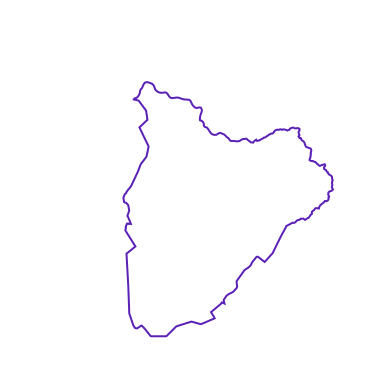 Formosa do Rio Preto, Bahia, Brazil, rotated 325°
{"feature_id": "56859067B17648013689335", "entity_name": "Formosa do Rio Preto", "entity_type": "district", "adm_level": 2, "iso_a3": "BRA", "parent_name": "Brazil", "parent_adm1": "Bahia", "projection": "orthographic", "projection_center": [-45.652, -10.857], "detail": "fine", "context": "isolated", "style": "outline", "palette": "violet", "viewbox_px": 384, "rotation_deg": 325, "n_neighbors": 0, "source": "geoboundaries", "source_scale": "gbopen_adm2", "svg_char_len": 6087}
<svg xmlns="http://www.w3.org/2000/svg" viewBox="0 0 384 384"><g transform="rotate(325 192 192)"><path d="M138.1,308.5L138.3,307.4L138.7,301.3L151.6,300.2L153.1,299.6L154.6,302.0L155.7,299.1L156.0,298.7L156.5,298.4L160.8,296.8L163.4,296.7L168.3,297.4L169.2,297.2L173.7,296.2L174.3,295.9L174.7,295.4L176.5,292.0L177.1,291.1L177.5,290.6L190.2,286.1L194.9,286.2L195.9,286.1L198.0,285.7L198.7,285.4L200.4,284.3L200.9,284.1L207.0,282.3L207.6,282.2L208.4,282.4L208.9,283.0L211.4,291.0L222.9,288.4L239.6,279.2L248.1,275.0L249.7,274.0L257.0,274.9L257.7,275.8L258.3,275.9L258.9,276.0L259.6,276.0L260.9,275.7L261.7,275.6L262.2,275.6L262.8,275.8L263.6,276.3L265.0,276.4L265.5,276.2L267.9,277.6L268.6,279.7L271.5,279.7L272.8,280.0L273.5,279.7L273.9,279.6L275.7,279.0L276.1,278.7L276.6,278.7L277.4,278.8L277.9,278.4L278.4,277.5L278.8,277.1L279.6,276.9L280.0,276.8L280.6,276.8L281.2,276.9L281.7,276.8L283.2,276.2L283.9,276.2L284.5,276.4L284.9,276.8L285.5,277.3L285.8,277.7L286.5,278.3L287.0,277.7L287.4,277.4L287.9,277.1L288.5,276.8L289.9,276.4L290.9,276.3L291.9,276.2L293.9,276.2L294.5,276.0L295.1,275.8L295.7,275.6L296.1,275.9L296.4,276.3L296.9,276.7L297.6,276.8L298.2,276.8L298.9,276.7L299.4,276.4L299.9,276.1L300.2,275.6L300.3,275.1L300.6,274.8L301.3,274.7L301.8,274.3L301.9,272.7L302.2,272.1L302.8,271.5L303.4,270.7L304.0,270.5L304.7,270.5L305.4,270.5L305.9,270.7L306.4,270.9L307.0,271.1L307.5,271.1L308.4,271.0L309.0,270.7L308.9,269.8L309.1,269.3L309.4,268.1L310.5,267.2L310.9,266.9L311.2,266.4L311.4,265.8L311.9,264.8L312.4,264.4L312.8,264.1L313.0,263.6L313.4,263.3L313.8,263.2L314.2,262.8L314.4,261.4L314.6,261.0L314.9,260.6L315.2,260.2L315.4,259.7L315.4,258.9L315.2,258.1L314.5,256.8L314.3,256.1L314.4,255.3L314.2,254.6L314.5,254.1L314.6,253.7L314.1,252.6L314.1,252.1L314.2,251.7L314.4,251.2L314.3,250.6L314.1,250.2L313.7,249.7L313.5,249.1L313.7,248.4L314.0,247.9L314.5,247.4L315.8,247.1L316.2,246.8L316.5,246.3L316.7,245.8L316.4,245.3L315.8,245.1L315.2,244.8L314.7,244.8L313.7,244.3L313.0,244.2L312.3,244.1L311.8,244.0L311.4,243.5L311.2,243.0L311.1,242.0L311.0,241.6L310.7,241.1L310.6,240.5L310.6,240.0L310.5,239.5L310.4,238.9L310.2,238.2L309.4,237.2L309.2,236.7L309.0,236.2L308.5,235.9L308.2,235.5L307.8,235.2L306.8,234.1L306.6,233.4L307.0,232.7L307.9,232.1L308.9,231.6L309.1,231.2L309.6,230.7L310.0,230.2L310.4,230.0L310.5,229.5L311.2,228.9L311.6,228.6L311.7,228.1L312.2,227.6L312.6,227.3L313.7,226.3L313.8,225.7L314.1,225.2L314.0,224.4L313.7,223.8L313.3,223.4L312.7,222.3L311.9,221.3L311.6,220.7L311.4,220.0L311.6,218.7L311.8,218.2L311.8,217.7L312.4,216.3L312.4,215.6L312.5,215.2L312.1,213.7L311.7,212.8L311.6,211.8L311.9,211.3L312.0,210.8L311.9,210.0L311.0,209.5L311.0,208.9L311.2,208.4L311.2,207.5L311.7,207.3L312.3,207.3L312.7,207.0L312.9,205.8L313.2,205.0L313.5,204.3L314.0,203.7L314.5,203.5L315.0,203.5L315.4,203.0L315.9,202.6L316.3,202.0L315.8,200.8L315.1,200.5L314.8,200.0L314.4,199.9L312.8,198.9L312.5,198.5L312.1,197.5L311.5,197.1L310.6,196.7L308.6,196.3L307.7,196.8L307.0,196.7L305.3,196.3L305.0,195.6L304.6,194.9L304.0,194.3L303.3,193.6L302.4,192.9L301.2,192.6L300.7,191.7L300.3,191.2L298.5,190.8L297.6,189.8L296.8,189.5L295.5,189.3L294.7,189.4L294.0,189.6L293.4,189.9L292.4,190.3L291.8,190.4L290.9,189.9L290.2,189.5L289.0,189.5L288.6,189.3L287.7,189.2L286.6,189.3L285.1,189.2L283.7,189.3L282.8,189.1L281.9,188.6L281.4,188.8L280.6,188.8L279.5,188.5L278.5,188.5L277.8,188.4L277.2,188.2L276.7,188.3L275.7,187.9L274.9,187.7L274.5,187.2L274.5,186.7L274.6,186.0L273.7,185.9L272.0,186.1L270.3,186.6L268.7,185.0L268.4,183.9L267.7,182.1L267.3,180.1L267.1,179.6L266.3,179.0L265.5,178.7L264.4,178.0L263.8,177.8L262.9,177.6L260.1,177.4L258.8,176.9L257.6,176.1L255.7,174.3L253.4,172.7L253.0,172.2L252.7,171.1L252.7,168.7L252.2,167.7L251.9,166.3L251.8,165.5L251.6,164.4L251.3,163.4L250.4,161.8L249.2,160.0L248.4,159.5L247.1,159.2L244.9,159.1L244.2,158.8L243.0,158.0L242.4,157.3L242.0,156.7L241.4,155.5L241.2,154.4L241.3,148.4L241.1,147.8L240.7,147.2L239.9,146.1L239.7,145.4L239.8,144.5L240.7,143.1L241.0,142.0L241.1,141.1L241.1,140.6L241.0,139.9L240.7,139.3L240.3,138.6L239.8,138.2L239.7,137.7L239.9,137.2L240.5,136.6L240.8,136.1L242.2,134.6L243.6,133.4L245.4,132.2L246.4,131.4L246.9,130.7L247.2,130.2L247.5,129.1L247.6,128.4L247.6,127.9L247.1,127.5L246.7,127.2L246.4,126.9L245.6,126.5L244.1,125.9L243.7,125.6L243.2,125.0L242.9,124.1L242.5,123.0L242.4,121.5L242.4,120.1L242.9,117.2L243.0,116.3L242.9,115.6L242.3,114.6L240.9,113.4L239.5,112.4L238.3,111.3L237.1,109.9L235.7,107.7L234.0,106.1L233.1,105.5L232.1,105.1L231.3,104.6L229.5,103.7L229.0,103.2L228.4,102.2L228.2,101.7L228.1,99.3L228.2,98.6L228.2,97.1L228.1,96.6L227.6,95.4L226.9,94.9L225.2,94.0L223.7,93.1L223.0,92.5L222.1,91.5L221.3,90.0L220.7,87.7L220.7,86.8L221.1,85.5L221.4,84.5L221.6,83.5L221.7,82.7L221.6,81.5L221.3,80.4L219.5,77.6L218.8,76.9L217.4,75.8L216.6,75.5L215.7,75.5L214.8,75.8L213.3,76.5L211.8,77.5L210.3,78.3L209.8,78.4L209.0,78.4L208.6,78.8L207.6,79.3L207.2,79.6L205.7,81.3L204.3,82.1L202.5,82.8L201.1,83.0L200.5,83.1L199.7,82.9L199.2,82.5L198.5,82.4L197.8,82.6L197.4,82.8L200.7,86.5L201.1,99.0L196.9,107.3L186.0,108.9L182.6,129.8L182.2,130.2L174.9,137.0L166.0,139.8L159.0,144.5L145.9,152.0L143.0,153.1L142.5,153.1L138.6,154.3L137.4,155.1L135.7,155.2L132.4,157.5L130.6,161.3L130.9,161.9L131.9,163.1L132.2,166.2L130.0,171.1L126.3,173.9L125.5,174.4L125.2,175.0L125.3,175.6L125.3,176.2L125.2,176.7L125.0,177.1L124.7,178.4L124.6,179.0L124.3,180.6L123.6,183.1L123.1,182.6L122.6,182.2L122.1,182.1L121.9,181.5L121.4,181.4L121.1,180.9L120.7,180.6L119.9,181.0L119.3,181.5L118.7,181.8L118.3,182.3L117.7,182.6L117.3,183.0L117.2,183.6L116.6,184.0L116.0,184.6L115.4,185.1L114.4,204.2L103.0,204.9L86.1,232.1L78.3,244.2L75.6,248.3L74.9,249.5L71.1,255.2L70.9,255.7L67.5,267.4L67.4,268.1L67.3,270.5L67.7,271.1L68.2,271.7L68.8,272.2L70.9,272.3L73.6,272.3L74.2,272.7L74.7,275.9L74.9,277.6L75.4,285.8L75.6,286.5L76.0,286.9L88.0,295.3L88.7,295.4L101.9,293.1L102.5,293.2L108.3,295.0L117.1,297.8L117.6,298.3L118.9,299.9L123.1,305.0L123.6,305.4L127.5,306.3L131.9,307.2L138.1,308.5Z" fill="none" stroke="#5b21b6" stroke-width="2"/></g></svg>